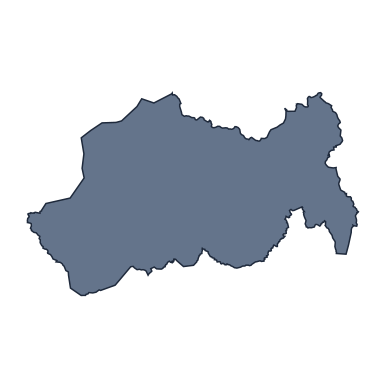 the district of Nuevo Urecho, Michoacán, Mexico, rotated 88°
{"feature_id": "50627088B91351647452865", "entity_name": "Nuevo Urecho", "entity_type": "district", "adm_level": 2, "iso_a3": "MEX", "parent_name": "Mexico", "parent_adm1": "Michoacán", "projection": "robinson", "projection_center": [-101.855, 19.159], "detail": "fine", "context": "isolated", "style": "filled", "palette": "slate", "viewbox_px": 384, "rotation_deg": 88, "n_neighbors": 0, "source": "geoboundaries", "source_scale": "gbopen_adm2", "svg_char_len": 5960}
<svg xmlns="http://www.w3.org/2000/svg" viewBox="0 0 384 384"><g transform="rotate(88 192 192)"><path d="M248.2,338.3L248.1,337.9L248.7,337.5L249.6,335.6L251.8,334.2L254.1,333.2L255.8,329.4L257.1,330.3L257.7,326.1L259.3,324.1L260.7,323.5L261.7,322.4L266.1,320.8L267.5,318.4L271.0,318.3L283.8,316.8L291.5,306.4L291.6,302.0L290.6,301.5L290.2,299.5L288.9,298.6L289.4,294.7L288.8,291.4L286.6,288.2L287.2,286.8L282.4,272.0L264.6,255.9L264.5,255.5L264.3,253.4L265.8,252.2L267.7,249.6L267.4,247.2L268.1,245.3L267.9,243.6L268.5,241.8L269.4,240.6L273.6,238.8L272.1,237.8L269.9,235.0L269.3,235.0L267.2,235.9L265.7,232.4L267.6,230.0L268.0,225.4L267.7,224.6L267.1,223.6L266.3,223.2L265.7,221.4L264.5,221.4L264.0,220.7L263.6,220.7L263.1,219.6L261.6,219.0L260.6,217.6L260.4,216.8L261.4,216.1L262.0,214.1L261.5,213.8L260.9,214.6L260.4,214.2L261.2,213.5L261.2,213.0L260.1,212.5L258.5,212.6L258.4,212.3L259.1,212.1L258.6,211.0L259.0,210.3L259.7,210.0L266.2,203.1L265.3,193.0L262.0,189.7L260.9,189.4L260.4,188.6L257.9,187.9L256.3,187.1L255.7,187.1L255.4,186.3L254.4,186.0L253.8,184.3L252.2,184.2L250.5,183.6L249.4,183.9L248.7,183.7L249.3,183.2L249.8,181.1L250.9,181.0L252.2,178.0L253.6,177.9L257.2,175.9L257.5,174.5L258.4,174.1L259.0,172.0L259.5,171.6L260.4,172.0L260.9,169.8L262.8,169.3L262.6,167.3L262.9,166.1L264.5,165.8L264.9,165.1L264.3,163.5L265.1,162.5L265.2,161.9L265.9,161.6L265.9,159.9L265.1,159.6L265.2,159.2L265.9,158.2L266.1,156.8L267.0,155.9L268.1,153.6L269.1,152.3L269.6,149.8L268.8,146.0L267.8,144.1L267.8,142.0L267.5,141.1L267.0,140.7L267.1,138.2L267.6,137.2L267.3,135.6L266.3,134.6L264.0,130.9L264.0,130.0L263.1,126.3L263.8,125.2L263.6,122.5L262.6,122.5L261.9,121.6L260.7,122.1L260.3,121.7L260.3,120.8L260.0,120.7L259.7,119.2L258.3,119.6L258.3,118.9L257.3,118.0L256.0,118.3L254.0,117.6L253.6,117.1L253.8,116.0L253.4,114.8L251.9,115.0L251.4,114.5L251.1,114.7L250.6,113.9L250.7,113.3L248.0,112.3L247.9,111.9L249.4,109.5L249.4,108.6L246.6,108.4L245.5,107.1L244.6,107.0L244.3,106.0L242.9,105.7L242.1,104.9L242.1,104.3L241.5,104.0L241.3,103.5L241.6,103.2L241.3,102.4L239.5,100.7L239.1,102.2L237.9,102.5L237.1,101.9L237.1,100.6L236.6,99.3L234.6,99.3L234.1,99.6L233.2,98.6L232.1,98.9L231.4,98.1L230.7,96.8L226.5,97.6L226.0,98.5L225.3,98.1L223.5,98.8L222.4,100.1L221.3,99.2L219.6,98.8L221.1,96.3L220.7,95.4L219.7,95.6L218.1,93.4L217.3,93.5L216.6,94.3L213.9,95.2L212.9,93.7L214.1,92.3L214.0,90.8L210.7,82.5L211.4,82.0L212.0,82.4L213.0,82.2L215.3,80.6L215.2,81.1L216.3,81.5L217.4,81.0L218.4,81.2L221.2,80.4L224.6,79.0L227.8,80.0L229.2,79.4L230.9,79.0L231.1,78.1L232.0,77.4L231.7,76.0L231.9,73.9L231.2,70.9L229.4,70.2L228.7,69.3L229.0,67.8L230.5,65.5L230.0,64.8L228.3,64.1L228.3,63.5L226.8,62.6L226.9,61.5L225.4,60.6L226.3,59.5L229.8,59.8L230.0,60.1L232.5,58.5L233.2,57.1L234.7,56.3L236.3,56.1L240.2,53.5L242.8,53.0L246.6,50.7L247.7,50.6L251.5,51.1L254.5,50.4L255.3,50.0L256.5,50.1L257.2,49.7L258.5,49.9L259.5,40.2L250.3,37.4L238.0,34.3L235.1,34.1L233.2,33.5L231.8,32.0L230.9,32.2L231.4,31.4L231.9,28.6L230.3,28.1L228.4,29.0L226.8,28.6L225.3,28.6L221.7,29.5L221.0,29.3L219.2,28.0L218.5,28.0L218.5,27.2L217.6,26.4L216.4,27.8L214.7,28.2L213.9,29.2L213.0,29.5L212.2,31.3L211.7,31.5L209.8,30.7L206.9,31.6L206.6,32.3L205.5,33.1L203.5,33.0L202.3,33.9L202.3,35.5L202.0,37.0L201.3,37.9L199.0,37.7L199.2,38.9L197.6,39.4L195.6,42.8L195.0,43.4L189.6,45.0L188.3,45.0L185.3,43.7L184.2,43.6L181.4,45.8L173.8,47.3L172.6,47.1L172.9,50.0L172.0,54.8L170.0,56.7L168.0,57.9L166.2,57.6L164.6,56.1L162.6,55.3L161.5,53.3L159.5,53.5L160.0,54.6L156.7,53.4L155.3,51.4L154.9,48.6L152.1,48.9L152.1,46.3L151.5,46.2L150.8,46.6L149.5,42.4L146.7,40.1L145.8,39.7L143.1,40.4L141.2,41.9L135.3,41.0L132.8,43.3L131.1,44.1L129.1,43.1L128.0,41.6L127.6,41.4L125.7,42.0L124.4,43.0L122.5,43.9L119.6,44.6L117.7,45.8L116.2,48.6L115.0,48.7L112.2,50.1L110.7,49.4L108.5,52.5L107.5,55.1L106.5,55.9L106.1,56.7L105.9,56.7L102.0,60.7L101.2,60.5L99.9,59.2L98.4,58.9L97.2,59.9L97.3,61.4L97.7,62.5L99.8,64.0L99.8,64.6L100.7,66.0L101.5,68.0L101.8,69.8L100.7,71.0L100.7,71.8L101.5,72.7L102.7,73.4L104.8,73.2L108.9,73.5L109.8,72.8L110.7,73.0L111.0,73.5L111.0,75.5L110.3,77.1L108.2,79.1L107.4,83.4L107.8,84.4L108.2,84.0L109.3,84.8L111.3,84.6L114.9,86.3L114.7,93.6L114.2,94.3L113.4,94.4L111.5,96.5L114.4,95.2L119.1,95.5L122.2,96.0L126.3,98.2L128.1,101.7L130.2,104.7L132.5,110.9L134.5,112.4L139.9,115.1L141.0,117.1L141.1,118.0L140.8,120.9L141.9,121.3L143.4,122.6L143.4,124.1L142.9,125.0L142.7,126.5L139.5,130.5L139.9,131.7L141.7,133.3L141.2,133.8L140.8,136.0L139.6,137.4L137.4,138.6L136.3,140.6L134.9,141.6L131.2,142.1L130.2,142.8L129.2,143.7L128.3,145.5L128.2,146.8L129.4,147.6L130.1,148.4L130.6,149.6L130.7,150.5L130.3,151.7L130.4,153.2L129.3,154.4L129.0,155.9L129.2,159.3L128.4,160.9L127.4,162.0L127.2,164.0L128.1,165.8L128.5,167.7L128.4,168.8L127.6,170.1L127.1,170.4L125.0,169.8L124.0,170.4L122.3,170.6L121.6,171.1L121.0,171.9L121.5,172.1L122.1,173.2L122.3,172.8L122.6,173.5L122.1,174.7L120.2,177.4L118.9,177.6L117.8,178.9L117.4,181.0L120.1,184.6L120.1,185.4L119.7,186.2L118.1,186.8L117.8,187.5L117.6,189.7L116.0,192.5L115.9,194.2L115.6,195.2L116.1,197.0L114.5,199.2L113.7,199.5L111.7,199.8L106.2,201.3L103.8,201.2L103.2,200.0L98.5,201.7L97.4,202.9L95.9,203.8L94.2,206.0L94.3,208.1L92.4,208.3L93.2,208.9L101.7,227.0L97.1,239.0L104.7,244.0L118.5,259.9L119.8,265.4L119.8,279.5L127.0,291.1L134.0,300.8L150.1,298.7L164.5,301.0L174.2,299.3L193.8,314.0L198.4,338.4L205.2,343.1L205.7,343.1L206.2,344.6L207.9,344.7L206.8,349.4L207.3,350.8L207.6,350.7L207.5,352.4L207.1,353.8L207.8,354.1L207.6,355.4L208.3,356.8L210.2,356.0L210.3,355.6L211.1,355.6L212.7,357.1L215.3,357.6L216.0,357.2L216.8,357.5L217.5,354.6L218.0,353.8L220.6,353.7L221.5,354.3L222.8,354.7L223.7,353.8L224.9,353.8L226.8,351.4L227.4,349.0L229.8,347.3L231.0,345.6L233.3,346.4L234.4,345.3L237.4,345.5L240.5,343.9L241.3,342.7L242.9,342.9L244.0,340.8L244.1,339.6L245.3,338.2L246.4,338.0L247.7,338.5L248.2,338.3Z" fill="#64748b" stroke="#1e293b" stroke-width="1.5"/></g></svg>